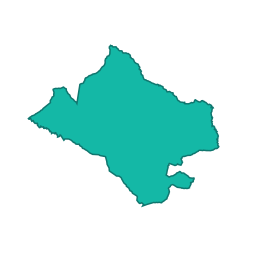 Inocência, Mato Grosso do Sul, Brazil (Mercator projection), rotated 154°
{"feature_id": "56859067B243090422915", "entity_name": "Inocência", "entity_type": "district", "adm_level": 2, "iso_a3": "BRA", "parent_name": "Brazil", "parent_adm1": "Mato Grosso do Sul", "projection": "mercator", "projection_center": [-52.047, -19.66], "detail": "fine", "context": "isolated", "style": "filled", "palette": "teal", "viewbox_px": 256, "rotation_deg": 154, "n_neighbors": 0, "source": "geoboundaries", "source_scale": "gbopen_adm2", "svg_char_len": 5761}
<svg xmlns="http://www.w3.org/2000/svg" viewBox="0 0 256 256"><g transform="rotate(154 128 128)"><path d="M48.8,119.8L50.0,120.2L51.3,119.7L52.6,120.1L53.0,120.8L53.5,121.1L55.1,123.8L55.6,123.8L56.1,123.5L56.8,122.5L57.3,122.3L58.8,122.3L59.2,122.5L59.8,123.1L61.3,123.0L63.0,123.2L64.6,124.0L65.3,124.5L66.1,124.7L66.4,125.2L65.8,126.2L66.2,126.5L66.9,126.4L67.7,127.2L69.6,128.3L70.3,130.0L71.0,130.8L71.1,131.3L70.9,135.1L72.0,136.0L72.2,137.1L72.7,137.7L72.8,138.6L72.3,139.2L72.2,139.9L73.2,140.5L73.8,141.1L74.6,142.6L76.5,143.1L77.1,143.5L77.0,144.7L77.1,145.8L78.3,147.0L78.9,148.0L78.9,148.6L78.5,149.6L78.8,150.2L79.4,150.7L80.6,152.6L81.7,152.3L81.9,152.9L81.8,153.7L82.5,154.4L83.5,154.5L84.3,155.2L86.0,157.3L86.9,158.0L87.9,159.8L88.5,160.3L88.9,161.1L90.4,162.4L90.7,163.2L91.8,164.1L92.3,164.9L92.1,167.2L91.7,168.8L92.0,169.4L92.5,170.0L92.5,170.6L92.2,171.4L92.2,172.3L91.1,173.2L91.4,173.9L91.3,175.0L92.0,175.4L92.1,176.1L91.0,177.0L90.8,177.6L90.9,178.2L91.2,178.6L90.9,180.5L91.0,181.0L92.5,182.7L93.2,184.2L93.2,185.9L93.0,186.3L93.3,187.9L94.3,188.9L94.4,189.7L94.9,190.5L94.3,191.5L94.2,193.0L94.7,193.7L95.0,194.7L96.2,195.3L96.9,196.4L97.9,196.7L99.0,197.4L99.5,197.5L99.7,198.0L99.7,200.0L101.7,201.1L102.1,201.8L102.4,202.6L102.3,203.6L102.8,204.2L103.2,206.2L106.0,207.5L106.2,208.0L106.2,208.7L106.7,209.2L107.2,209.3L107.5,209.9L108.7,209.2L109.2,209.1L109.8,207.9L109.7,206.5L110.1,205.6L111.2,203.8L111.3,203.3L112.2,202.2L113.5,201.3L115.3,201.5L116.4,200.6L116.7,200.1L117.2,200.2L117.8,200.1L119.2,198.4L119.5,197.4L120.3,196.1L121.7,194.9L122.4,194.5L124.6,194.1L127.5,192.5L127.9,192.1L128.6,191.9L129.2,192.0L130.4,191.5L132.2,191.2L132.9,191.1L136.2,191.9L136.7,191.9L137.1,191.6L138.4,191.8L139.1,191.7L139.9,192.1L141.8,191.5L143.6,191.4L144.2,191.6L145.3,190.8L146.0,189.6L147.0,189.2L148.2,188.1L148.9,187.9L150.7,188.4L152.1,188.3L163.2,172.4L163.3,174.3L163.8,174.9L164.4,176.1L164.5,177.4L165.8,179.6L166.1,180.9L165.9,183.1L167.0,185.6L166.8,186.1L166.8,186.7L167.1,188.1L166.4,190.4L167.5,191.6L167.9,192.9L168.3,193.2L169.0,193.0L171.9,193.3L172.4,193.9L173.1,194.2L173.9,194.3L175.7,195.3L177.1,195.6L178.3,195.6L178.6,195.1L178.8,193.1L179.1,191.9L179.9,191.1L180.4,189.7L180.7,189.3L181.9,189.0L182.5,189.1L184.1,187.7L185.4,187.0L186.0,186.5L186.6,184.8L195.9,182.7L196.5,182.2L197.1,182.0L198.6,182.0L200.2,181.4L201.6,181.4L203.9,181.1L204.6,181.2L206.3,180.7L209.3,181.0L210.0,180.7L211.3,180.7L213.4,180.1L213.2,179.4L212.6,179.1L211.5,179.2L211.3,178.6L211.6,177.3L211.4,176.7L211.5,176.2L211.0,176.1L210.5,176.4L210.0,176.3L209.9,175.6L210.0,174.2L209.5,172.9L208.8,172.7L208.5,172.1L207.9,172.1L207.4,171.9L207.6,170.9L208.2,169.9L207.9,169.4L207.5,167.2L206.7,167.0L205.5,167.9L204.9,166.4L203.6,166.2L203.4,165.7L203.8,164.7L203.2,164.6L203.0,164.1L201.2,163.8L201.1,163.3L201.3,162.8L200.5,162.7L199.7,161.4L199.6,160.9L199.9,160.3L199.4,159.8L199.8,159.0L199.1,158.6L198.9,158.1L198.8,157.4L199.1,156.6L198.2,156.8L197.6,156.3L196.7,155.9L196.3,155.0L195.4,155.6L195.0,155.2L195.4,154.6L194.5,153.1L194.8,152.5L194.9,151.1L195.2,150.7L194.6,150.6L194.1,150.9L193.6,150.5L193.1,150.6L192.2,151.5L191.7,151.1L191.0,145.1L189.4,145.8L186.1,144.1L184.8,142.5L184.2,141.5L183.3,138.9L182.4,138.4L182.1,136.7L180.9,135.7L178.9,134.7L179.1,133.3L177.9,131.5L177.7,130.7L177.8,130.0L177.6,129.5L176.4,128.4L175.9,127.2L174.7,125.6L173.2,122.2L171.3,119.8L166.1,116.9L165.1,115.4L161.3,112.6L160.8,112.0L161.7,107.4L162.7,104.4L162.5,100.4L163.6,97.6L159.7,90.6L159.5,90.0L157.1,88.6L155.9,86.4L156.0,84.8L155.8,81.0L155.7,80.0L154.6,77.8L154.7,77.0L155.0,76.4L153.6,73.6L153.7,70.8L152.7,69.6L152.4,68.9L152.6,67.9L152.4,67.1L150.1,63.5L149.8,62.8L149.8,62.1L150.1,61.6L151.7,59.1L151.1,56.1L150.7,55.3L150.3,54.9L148.4,54.8L148.2,54.0L147.5,52.5L149.0,51.5L144.5,51.0L137.5,49.8L136.4,49.0L135.1,48.7L133.9,47.9L132.6,47.6L131.0,46.3L130.5,46.1L130.1,46.4L127.5,46.7L125.6,47.2L124.1,47.3L123.1,48.6L122.0,49.3L121.6,49.8L120.0,51.1L119.5,51.9L118.8,52.4L118.2,55.2L118.1,56.1L117.5,56.5L115.6,56.9L115.2,57.5L114.4,57.8L112.8,57.6L112.3,57.3L109.7,53.1L106.5,51.0L106.0,50.3L105.3,50.1L104.8,49.5L103.8,48.9L102.7,48.6L101.6,47.8L100.4,47.4L99.7,47.5L99.0,47.3L98.7,47.9L96.3,49.7L96.0,50.1L95.9,51.2L95.5,51.5L94.9,51.0L93.6,51.4L92.9,51.2L92.2,52.6L91.6,52.7L90.8,53.5L90.7,54.2L92.2,54.7L94.3,56.1L95.0,57.5L95.1,58.5L96.2,60.3L96.7,61.4L97.3,62.0L97.4,62.7L98.0,63.3L99.6,64.0L100.1,65.7L100.6,66.2L102.3,66.0L103.9,66.2L105.2,65.6L108.6,65.3L110.3,65.9L112.5,65.9L114.3,69.0L113.1,70.3L111.2,72.9L109.3,75.0L108.9,76.3L107.6,76.5L107.4,77.3L106.4,78.0L105.3,77.0L102.2,73.7L100.4,73.5L99.3,74.0L98.4,72.7L96.7,71.4L94.0,73.4L94.2,73.9L93.9,75.2L94.0,76.4L93.6,77.2L92.8,77.2L92.4,77.9L91.5,78.2L90.7,78.2L89.8,77.7L86.4,77.2L83.9,76.1L83.2,76.1L81.7,76.0L80.8,76.4L79.3,76.0L76.6,76.4L75.2,76.3L74.5,76.7L73.8,76.7L72.6,76.2L70.6,74.9L70.0,75.0L67.5,73.4L67.1,73.2L63.8,71.5L61.0,70.9L58.7,71.3L57.4,70.7L56.7,70.6L54.9,71.2L54.5,71.6L54.6,72.3L55.0,72.7L54.8,73.5L53.9,74.4L54.2,75.5L54.1,76.2L53.4,76.4L53.0,76.9L52.9,77.5L52.6,78.1L53.3,78.5L53.0,79.1L52.2,79.1L51.8,79.3L50.9,80.8L50.4,81.1L50.2,83.2L50.4,85.8L49.6,85.8L50.0,87.2L49.7,88.0L50.5,88.2L51.0,88.8L50.5,89.3L49.9,89.6L50.1,90.4L49.8,91.0L50.1,91.5L50.0,92.0L50.9,92.8L51.7,92.6L51.6,93.1L51.1,93.5L50.4,94.7L50.4,96.3L49.5,96.7L49.6,97.3L50.0,97.7L49.7,98.3L48.3,99.3L48.2,100.1L47.9,99.8L47.5,100.2L47.7,100.9L47.5,101.5L47.7,102.2L46.8,105.1L45.4,106.1L45.1,106.8L44.6,107.3L43.9,108.5L43.5,108.9L42.6,108.7L42.6,109.2L43.0,110.0L43.5,110.3L44.0,110.3L43.2,111.1L43.1,111.7L44.4,113.6L45.6,113.8L46.0,114.4L46.8,116.8L47.7,117.8L47.9,118.5L48.5,118.7L48.8,119.8Z" fill="#14b8a6" stroke="#0f766e" stroke-width="1.5"/></g></svg>